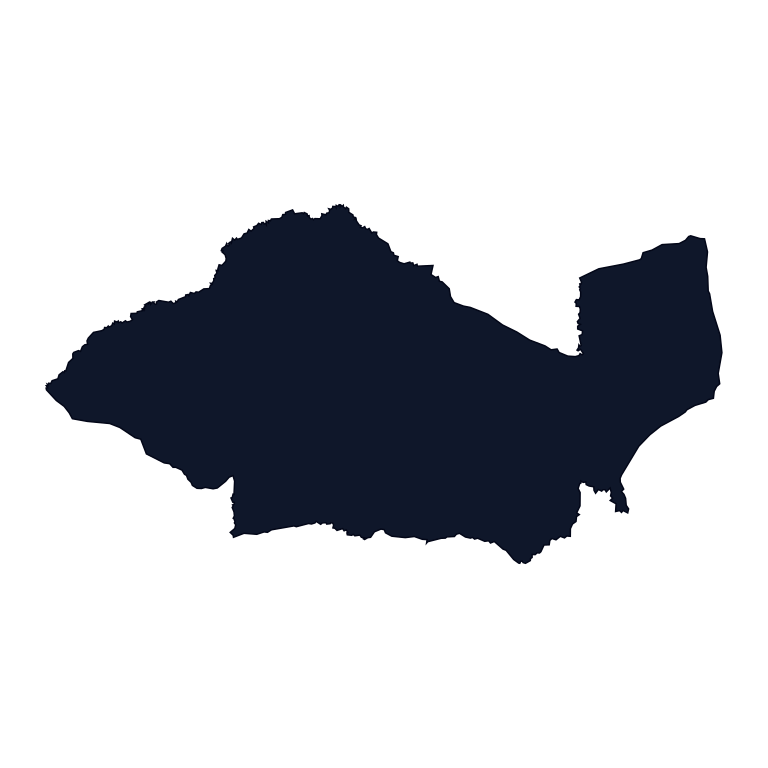 Sawang Arom, Uthai Thani, Thailand (Natural Earth projection)
{"feature_id": "78962969B79661322600034", "entity_name": "Sawang Arom", "entity_type": "district", "adm_level": 2, "iso_a3": "THA", "parent_name": "Thailand", "parent_adm1": "Uthai Thani", "projection": "natural_earth1", "projection_center": [99.718, 15.604], "detail": "fine", "context": "isolated", "style": "filled", "palette": "ink", "viewbox_px": 768, "rotation_deg": 0, "n_neighbors": 0, "source": "geoboundaries", "source_scale": "gbopen_adm2", "svg_char_len": 6098}
<svg xmlns="http://www.w3.org/2000/svg" viewBox="0 0 768 768"><path d="M46.5,389.9L56.3,400.5L64.1,406.3L69.2,412.8L72.4,418.7L87.4,421.4L109.7,423.5L119.9,427.5L135.1,437.7L140.8,439.2L146.4,453.9L164.2,462.9L169.7,463.7L173.0,467.3L175.8,467.3L182.0,470.1L184.5,474.3L186.5,475.4L187.9,479.2L191.1,482.3L192.4,485.4L197.0,488.3L201.4,488.5L205.3,487.4L213.1,488.8L217.3,488.0L225.6,481.3L229.1,477.2L233.0,475.6L234.6,481.1L234.0,494.3L233.1,494.1L232.2,497.6L231.0,498.0L232.8,502.2L234.4,502.3L234.1,504.2L232.6,504.9L233.3,505.8L232.2,507.5L234.0,511.9L234.4,516.0L233.2,518.3L234.1,519.0L235.0,521.8L234.4,522.9L235.7,524.8L234.8,528.5L230.2,532.4L233.2,535.3L233.5,537.3L244.0,533.3L256.8,534.3L264.1,531.9L267.5,532.3L271.5,529.8L294.0,525.9L296.3,526.7L308.6,523.5L311.5,524.0L315.0,522.9L316.1,521.3L320.7,524.3L322.4,522.9L326.0,522.7L326.7,524.1L330.2,523.7L330.7,522.7L332.9,523.2L333.6,525.1L332.9,527.9L334.9,528.3L337.0,530.4L342.6,528.6L344.1,530.8L346.2,529.9L347.9,532.4L346.9,532.9L347.3,534.8L351.8,535.3L353.1,534.3L354.8,535.8L359.9,535.1L361.4,537.3L364.4,537.8L363.4,538.8L364.6,539.5L367.7,537.7L370.6,537.3L374.4,531.8L380.9,529.1L384.2,529.6L385.5,532.8L391.8,536.2L405.3,537.6L414.3,536.5L422.3,539.3L427.1,539.6L426.6,543.0L427.7,541.7L441.0,538.3L445.4,538.1L446.9,536.9L454.4,536.5L456.4,534.2L459.5,533.3L465.4,537.0L470.4,538.1L472.5,537.4L474.6,539.1L477.6,538.2L484.7,541.3L488.7,540.8L490.5,543.0L494.3,541.5L503.0,549.1L506.1,550.3L513.7,559.5L518.7,563.1L519.8,563.3L520.7,561.3L522.3,561.1L523.1,562.6L525.5,563.3L530.3,560.6L530.5,558.6L532.1,557.5L532.1,554.5L535.2,554.6L537.1,552.8L539.5,553.0L540.9,551.7L544.0,545.0L549.2,544.8L549.8,540.5L551.9,538.5L556.0,539.8L560.3,536.3L564.5,537.9L566.8,536.0L570.3,536.3L570.4,528.7L572.5,524.0L576.0,521.5L576.5,516.6L579.3,514.6L576.7,512.8L580.0,505.9L580.1,492.5L578.1,488.5L579.7,483.6L580.9,483.0L580.9,481.0L583.2,482.4L585.8,481.9L586.2,484.6L589.1,486.0L593.8,486.8L594.0,490.3L595.6,493.2L598.4,489.5L601.7,491.1L602.7,489.8L605.0,489.7L606.3,491.9L610.1,488.0L611.3,492.5L610.6,495.9L612.6,498.1L610.2,500.5L616.1,503.8L615.6,511.5L619.6,510.6L621.5,512.4L623.0,510.5L627.7,512.9L628.6,508.9L626.2,505.3L625.6,498.3L623.9,494.3L621.4,491.5L623.7,489.1L620.3,482.2L620.1,478.4L621.6,474.8L638.8,446.2L649.8,434.8L660.7,426.1L678.6,416.5L685.2,412.0L687.0,409.7L695.0,405.4L705.8,402.1L708.3,399.6L713.4,398.3L714.2,391.3L716.6,386.5L719.7,383.8L718.2,373.4L721.9,352.7L720.1,335.2L712.6,311.4L709.6,293.8L708.2,291.0L707.7,276.3L706.1,267.3L707.5,251.9L704.5,238.8L700.1,238.6L690.7,235.8L688.7,236.5L685.5,240.3L679.1,243.6L662.1,244.6L652.0,250.1L643.1,252.7L641.3,258.6L639.7,259.8L623.4,264.1L598.8,268.8L579.7,278.0L581.5,282.1L581.1,283.8L579.8,283.9L580.2,285.7L579.2,286.9L580.4,288.7L579.7,289.7L580.7,292.0L580.6,296.7L579.1,299.8L576.4,299.6L575.0,302.1L576.3,303.4L576.1,306.3L579.4,306.5L580.3,309.0L580.1,312.6L578.6,314.2L580.1,318.4L577.4,321.6L578.1,323.5L580.4,324.3L577.7,326.2L577.7,329.0L582.6,330.9L582.1,334.6L579.1,335.8L581.2,345.5L580.0,346.3L578.9,344.9L578.5,347.9L577.0,350.1L578.1,350.8L580.5,349.3L583.4,353.6L582.1,354.8L580.1,353.6L579.0,355.6L575.3,356.6L567.8,356.1L559.1,352.5L557.1,349.0L551.1,349.8L545.0,345.9L529.7,340.1L516.8,332.0L502.6,325.0L487.9,314.3L470.2,307.4L463.5,306.1L454.1,302.6L450.5,296.6L449.2,288.7L442.2,281.9L439.4,281.2L438.2,276.6L435.6,277.5L431.0,274.5L433.0,265.5L417.4,266.2L417.0,264.3L413.7,265.6L412.8,262.9L410.3,263.1L409.9,262.1L404.1,263.8L399.6,262.4L397.3,260.7L398.2,256.6L393.9,255.3L393.4,252.8L390.9,251.7L387.9,243.8L378.5,238.0L376.4,234.6L376.7,232.3L373.4,232.0L371.8,233.0L369.1,228.5L367.6,229.4L365.7,228.8L364.7,226.6L362.4,227.9L360.4,227.3L361.1,225.8L359.1,224.9L356.4,220.9L356.0,218.4L354.6,219.1L355.2,217.5L353.3,217.0L352.9,214.9L348.8,212.3L348.7,208.8L346.4,207.2L345.6,208.7L343.5,207.1L343.3,205.3L342.1,206.4L341.1,205.4L340.3,206.7L340.2,204.8L339.1,204.7L338.1,206.4L336.2,205.4L336.1,207.8L335.2,206.6L332.8,206.4L332.5,208.1L330.9,209.3L328.8,208.8L329.6,210.2L329.2,212.7L326.7,213.2L326.0,214.8L321.8,213.8L322.0,215.5L320.2,218.8L314.9,218.6L313.5,219.8L312.5,218.5L310.9,219.2L309.2,217.3L309.1,215.6L307.5,215.9L307.1,213.9L304.2,212.5L303.4,213.7L302.2,212.8L294.6,213.8L292.6,209.9L285.6,212.5L285.5,214.4L282.8,214.6L281.9,217.3L279.5,218.7L271.4,219.0L270.4,220.8L268.4,220.5L268.5,222.9L266.1,221.3L266.3,224.7L265.5,223.5L264.2,224.2L263.5,222.5L261.8,222.6L261.1,224.5L258.6,223.3L256.8,225.6L253.6,226.9L254.1,228.4L251.1,231.2L248.8,229.5L247.1,233.1L244.1,233.8L241.5,238.0L237.4,239.4L236.5,238.1L234.7,240.1L232.5,238.3L231.3,243.2L230.3,242.0L228.3,243.7L229.4,244.6L228.5,246.0L227.2,245.7L226.6,243.7L225.5,246.2L222.1,248.4L221.3,250.6L223.0,251.0L222.1,252.0L225.1,254.7L226.2,258.5L225.8,261.2L222.0,265.4L219.1,264.8L217.8,269.2L218.3,270.7L216.2,270.4L216.9,273.1L214.7,275.5L215.2,277.8L213.7,278.6L213.9,280.3L212.4,283.3L210.7,283.3L212.0,284.6L210.5,285.3L209.4,288.6L203.8,288.9L198.7,292.2L196.0,291.9L194.4,293.5L190.4,292.5L188.9,295.8L188.2,294.5L185.7,295.0L185.6,296.7L178.4,299.5L177.3,301.8L175.7,301.2L175.9,302.7L174.3,303.3L173.1,303.5L170.9,301.2L168.6,302.2L158.8,300.5L156.4,302.1L156.6,303.8L155.4,304.4L153.6,303.0L154.1,302.0L152.3,302.0L150.7,304.3L150.3,302.5L148.6,303.7L148.9,302.4L144.6,304.9L145.7,306.0L144.0,307.3L144.6,308.6L144.2,309.6L144.0,308.7L142.6,308.8L143.6,309.7L142.3,309.7L142.4,310.7L137.3,311.8L136.9,313.3L131.1,313.5L130.6,316.6L132.5,319.7L130.2,321.3L127.0,322.0L125.4,320.8L122.1,323.0L120.8,321.8L118.4,322.7L118.2,321.1L117.0,322.0L114.6,321.1L114.3,324.0L112.8,323.1L111.7,325.8L108.7,327.1L108.2,326.1L106.8,327.7L104.6,327.5L104.1,329.4L101.7,330.7L93.5,332.4L88.3,338.1L87.0,340.9L87.6,344.3L84.8,344.8L82.4,346.7L80.5,351.4L78.5,350.6L73.8,352.4L72.8,353.9L72.9,358.4L68.6,362.4L65.8,371.0L64.7,370.8L64.0,372.6L62.9,371.8L59.1,374.8L57.9,378.8L52.1,380.7L50.7,383.6L48.7,383.2L48.1,384.7L47.4,384.3L48.0,385.6L46.3,385.7L47.6,387.8L46.1,388.1L46.5,389.9Z" fill="#0f172a" stroke="#020617" stroke-width="1.5"/></svg>